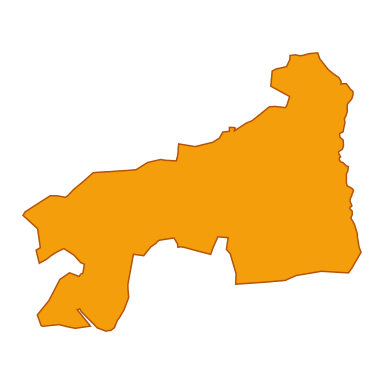 outline of Musawa, Katsina, Nigeria
{"feature_id": "59680162B51512347513243", "entity_name": "Musawa", "entity_type": "district", "adm_level": 2, "iso_a3": "NGA", "parent_name": "Nigeria", "parent_adm1": "Katsina", "projection": "orthographic", "projection_center": [7.719, 12.112], "detail": "fine", "context": "isolated", "style": "filled", "palette": "amber", "viewbox_px": 384, "rotation_deg": 0, "n_neighbors": 0, "source": "geoboundaries", "source_scale": "gbopen_adm2", "svg_char_len": 2333}
<svg xmlns="http://www.w3.org/2000/svg" viewBox="0 0 384 384"><path d="M23.0,215.4L37.6,228.7L40.3,247.6L36.1,250.2L39.3,263.3L46.9,259.0L50.8,255.8L56.8,252.0L63.9,248.6L73.7,254.9L80.8,262.7L84.4,264.2L82.9,273.1L80.8,274.1L79.1,276.5L69.5,272.8L59.9,279.4L48.9,300.6L37.3,314.9L41.1,325.5L42.5,326.3L59.1,324.6L67.1,326.7L75.3,328.3L90.4,326.1L77.2,309.7L79.8,308.8L81.2,311.5L97.5,328.0L105.9,331.1L111.0,330.3L114.4,327.7L117.4,320.2L119.3,317.8L124.1,309.7L128.7,297.5L128.0,289.3L127.9,284.4L133.4,254.3L143.7,255.7L150.8,246.9L156.3,243.0L156.9,241.9L159.2,240.3L163.9,239.5L174.0,238.0L177.5,243.8L177.9,247.3L180.5,246.8L184.0,247.3L195.4,250.4L210.7,254.4L213.2,247.3L217.9,236.8L228.1,237.7L226.4,249.4L230.2,253.7L236.1,273.7L235.7,284.2L265.9,282.1L285.2,280.4L296.2,275.5L321.3,271.3L348.5,272.9L352.3,267.4L361.0,252.3L359.1,247.1L357.4,236.9L357.3,233.7L354.4,224.2L350.8,218.0L352.3,214.6L352.2,211.2L349.8,208.7L349.9,207.2L351.5,206.5L351.9,205.7L350.0,201.2L350.3,198.7L351.6,196.1L352.2,193.8L353.5,190.9L353.1,189.6L352.0,188.5L349.1,186.8L347.3,186.0L346.4,183.1L346.4,173.8L347.8,171.1L348.4,166.6L346.0,165.7L343.1,162.7L341.0,162.0L339.4,160.2L339.4,157.5L340.6,156.9L338.5,153.0L338.6,151.7L342.3,149.3L343.5,146.0L343.2,140.1L339.9,137.2L339.6,133.6L343.1,131.8L343.7,128.4L345.0,122.5L344.4,118.8L346.1,115.4L347.3,111.4L347.2,106.3L347.4,104.1L350.8,100.1L351.9,98.5L353.0,94.9L353.0,91.5L350.1,89.0L348.7,86.7L346.3,83.6L342.9,83.8L340.7,83.9L341.2,81.4L338.8,77.6L337.3,76.4L334.9,74.9L332.2,72.9L328.2,69.5L319.9,59.1L317.8,53.0L316.8,52.9L308.8,53.7L303.3,55.3L299.8,55.8L295.5,54.8L290.0,55.5L289.9,59.4L286.5,66.7L276.4,68.9L272.2,71.0L270.8,86.2L289.6,96.5L286.8,105.7L285.2,107.6L274.6,106.4L269.2,106.9L252.3,120.6L246.1,123.2L234.3,130.9L234.5,129.1L235.2,128.1L234.3,127.5L229.4,127.4L229.4,131.3L222.9,132.0L219.5,138.0L212.8,142.3L195.0,146.6L178.7,143.9L178.1,149.4L178.3,150.3L177.9,153.9L177.5,156.4L176.8,158.6L176.4,160.9L165.5,160.3L160.6,159.5L147.6,162.5L136.1,169.7L129.4,170.3L123.6,170.7L120.8,170.9L119.6,170.9L118.0,171.1L115.6,171.2L113.1,171.4L109.6,171.7L107.3,171.7L104.5,171.9L103.4,172.0L101.3,172.1L96.3,172.4L93.1,172.8L82.8,181.9L73.7,189.4L67.5,196.0L65.2,197.3L57.5,195.8L50.1,195.8L25.2,211.8L23.0,215.4Z" fill="#f59e0b" stroke="#b45309" stroke-width="1.5"/></svg>